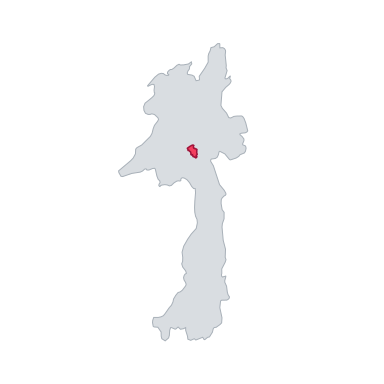 Phaxay, Xiangkhoang, Laos (highlighted), rotated 31°
{"feature_id": "54806243B24491870004001", "entity_name": "Phaxay", "entity_type": "district", "adm_level": 2, "iso_a3": "LAO", "parent_name": "Laos", "parent_adm1": "Xiangkhoang", "projection": "equal_earth", "projection_center": [103.113, 19.269], "detail": "fine", "context": "in_parent", "style": "filled", "palette": "rose", "viewbox_px": 384, "rotation_deg": 31, "n_neighbors": 0, "source": "geoboundaries", "source_scale": "gbopen_adm2", "svg_char_len": 5897}
<svg xmlns="http://www.w3.org/2000/svg" viewBox="0 0 384 384"><g transform="rotate(31 192 192)"><path d="M148.5,54.4L149.9,57.5L156.2,65.9L157.3,68.1L159.6,69.9L161.5,77.3L162.3,77.8L163.3,77.2L164.1,76.2L164.8,73.3L165.2,73.0L165.9,75.4L167.7,76.1L168.5,77.1L168.7,78.9L168.4,80.8L167.0,85.0L166.1,90.7L172.2,102.9L174.8,104.6L181.0,106.6L185.2,109.3L187.1,108.6L189.0,105.6L191.2,103.9L195.3,101.3L196.5,101.2L198.8,102.2L202.6,105.2L208.3,110.9L208.1,112.4L207.1,113.9L204.0,116.2L203.1,117.7L203.7,118.2L206.2,118.6L209.2,119.8L210.1,121.3L210.6,124.8L211.2,125.4L213.9,125.0L214.8,125.5L215.8,126.6L216.8,129.4L216.8,131.5L214.0,135.3L213.7,137.5L212.3,140.2L208.5,144.6L207.5,144.9L200.5,142.4L194.9,142.8L194.5,143.7L195.4,146.4L195.7,149.1L194.8,151.2L191.6,153.8L191.5,154.9L192.2,156.1L196.8,158.5L211.8,171.5L218.6,173.9L221.6,175.6L222.3,176.5L222.3,177.6L221.5,179.0L220.9,181.6L220.9,183.1L221.6,184.6L222.8,186.8L227.0,191.7L230.0,192.9L233.3,198.5L234.3,203.4L235.8,206.6L243.6,217.3L250.2,223.8L254.1,230.9L256.0,232.5L256.6,235.1L257.1,242.6L259.4,246.3L259.9,247.8L260.8,248.9L261.9,249.2L264.2,246.7L264.6,247.1L265.7,251.0L266.6,252.5L270.1,254.9L273.8,259.6L275.7,261.4L278.2,262.7L278.6,264.2L278.1,265.8L277.4,266.8L273.1,269.5L272.6,270.7L275.4,276.8L282.5,284.4L284.8,288.9L284.3,291.1L282.4,295.5L280.9,296.7L280.6,298.1L281.7,301.7L281.6,307.2L280.2,308.6L279.0,312.0L278.2,312.2L276.0,311.0L271.5,316.9L269.5,316.6L267.3,319.8L264.3,320.3L262.3,317.8L257.9,313.9L256.4,311.5L255.1,313.6L252.8,315.6L249.6,314.9L248.7,317.8L248.1,318.3L244.2,318.8L243.5,319.3L244.1,322.0L246.4,326.5L247.1,329.1L245.7,333.4L241.7,333.3L239.9,331.5L237.6,327.9L232.4,325.5L229.0,327.2L227.9,327.1L225.3,324.1L224.4,322.1L223.8,319.2L227.7,316.9L229.7,315.0L231.0,313.1L231.5,311.1L232.1,302.6L232.7,299.7L232.3,296.0L231.3,293.2L231.3,288.9L231.8,285.4L233.3,283.7L234.3,281.2L234.9,275.6L234.5,274.1L233.0,272.8L230.5,271.5L228.9,269.8L228.3,267.8L228.3,266.1L229.1,264.6L227.2,262.9L222.7,261.1L220.2,258.9L219.7,256.3L217.8,252.9L214.5,248.7L212.8,242.7L212.6,234.8L213.0,228.5L214.4,221.1L212.5,215.7L210.4,212.9L207.5,210.9L204.8,207.9L202.2,204.0L199.1,198.3L195.4,190.8L193.0,187.4L191.7,188.2L189.1,187.5L185.1,185.3L181.6,184.1L178.7,184.0L176.7,184.5L175.8,185.6L175.8,186.8L176.5,187.9L176.1,188.8L174.6,189.4L173.3,190.6L171.9,193.4L170.9,197.0L169.5,198.4L167.2,198.7L164.9,199.7L162.7,201.5L161.7,202.8L161.8,203.8L161.3,204.0L160.2,203.5L159.7,202.3L159.8,200.4L158.7,199.1L156.4,198.5L153.7,196.4L148.7,191.2L147.6,191.0L146.0,192.3L143.8,195.3L142.0,196.4L140.6,195.8L139.6,196.8L138.8,199.5L137.4,201.6L130.7,207.2L124.6,214.5L123.0,215.1L119.4,213.1L118.2,211.7L123.3,196.8L124.1,193.2L123.9,188.5L121.8,184.5L121.7,183.4L122.1,182.1L124.7,177.6L127.7,165.7L127.5,162.1L126.2,158.0L125.5,154.2L126.1,149.0L125.9,146.9L124.5,145.9L119.9,144.9L117.3,145.7L116.0,147.2L114.5,148.1L111.6,148.5L108.8,146.8L106.6,143.8L106.0,140.1L108.9,132.2L109.7,129.2L109.6,127.8L109.1,126.3L108.4,126.1L107.0,124.2L105.6,121.0L104.2,119.5L103.0,119.8L101.8,121.0L99.8,124.1L99.2,123.7L101.0,112.8L102.6,108.2L104.5,106.1L106.5,105.2L108.6,105.5L110.3,105.1L111.8,104.0L111.6,103.3L110.0,103.2L109.3,101.9L109.7,99.6L110.4,98.1L111.6,97.4L112.7,95.1L113.8,91.2L115.1,89.2L116.6,89.1L119.3,87.4L123.0,84.1L124.4,80.8L125.8,82.3L125.3,86.1L126.0,86.8L126.4,88.2L126.2,90.3L126.5,92.1L127.0,92.9L127.8,93.4L131.8,91.8L134.2,91.7L138.2,94.5L140.5,92.4L140.5,91.7L138.6,89.1L139.2,79.6L139.0,72.4L135.8,67.1L135.1,64.9L134.8,61.5L133.9,58.5L136.2,56.1L137.5,51.7L139.1,50.6L139.6,50.8L141.6,54.1L144.1,52.4L146.0,52.4L147.7,53.3L148.5,54.4Z" fill="#d9dde1" stroke="#a8b0b8" stroke-width="1"/><path d="M176.9,160.5L177.0,160.4L177.3,160.5L177.4,160.8L177.5,160.8L177.5,160.7L177.8,160.6L177.9,160.4L177.9,160.2L178.0,160.2L178.1,159.9L178.0,159.5L178.0,159.2L177.9,159.1L177.7,159.0L177.4,158.9L177.0,158.7L176.9,158.5L176.8,158.4L176.8,158.2L176.9,157.9L177.0,157.7L177.1,157.4L177.1,157.2L176.8,156.8L176.6,156.6L176.4,156.4L176.0,156.2L175.9,156.1L175.8,155.9L175.7,155.8L175.6,155.5L175.5,155.4L175.4,155.0L175.3,154.9L175.2,154.8L175.0,154.5L174.9,154.3L174.7,154.1L174.6,153.8L174.6,153.6L174.4,153.4L174.4,153.1L174.2,153.0L173.8,152.9L173.7,152.9L173.6,153.0L173.3,153.1L173.1,153.1L172.8,153.2L172.6,153.3L172.4,153.3L172.2,153.4L171.9,153.1L171.7,153.1L171.4,153.2L171.2,153.3L170.9,153.4L170.8,153.5L170.7,153.4L170.4,153.2L170.1,152.8L170.0,152.7L169.9,152.5L169.8,152.2L169.7,152.0L169.6,151.8L169.6,151.6L169.6,151.3L169.4,151.3L169.3,151.2L169.2,151.1L168.9,151.2L168.8,151.3L168.6,151.3L168.4,151.4L168.3,151.5L168.2,151.6L168.1,151.8L167.9,152.0L167.6,152.4L167.5,152.5L167.4,152.7L167.2,153.1L167.1,153.4L167.0,153.6L166.9,153.7L166.8,153.9L166.7,154.0L166.5,154.3L166.5,154.5L166.4,154.7L166.3,154.9L166.2,155.2L166.0,155.5L165.9,155.8L165.8,156.0L165.7,156.3L165.6,156.5L165.5,156.9L165.7,157.0L165.8,157.0L166.0,157.1L166.1,157.3L166.3,157.4L166.3,157.5L166.5,157.6L166.7,157.8L166.8,157.9L166.9,158.0L167.0,158.2L167.1,158.3L167.2,158.2L167.3,158.2L167.5,157.9L167.8,157.8L168.0,157.9L168.2,158.0L168.3,158.2L168.4,158.3L168.6,158.3L168.9,158.3L169.0,158.3L169.3,158.3L169.6,158.4L169.9,158.3L170.0,158.3L170.1,158.5L170.3,158.7L170.4,158.8L170.5,158.8L170.7,159.0L170.8,159.1L171.0,159.2L171.1,159.3L171.2,159.5L171.3,159.6L171.3,159.8L171.4,160.0L171.5,160.1L171.7,160.3L171.8,160.4L172.0,160.4L172.2,160.5L172.3,160.5L172.3,160.4L172.3,160.2L172.5,160.1L172.6,160.3L172.8,160.3L172.9,160.2L172.9,160.3L172.9,160.2L173.0,160.2L173.2,160.3L173.3,160.3L173.5,160.3L173.8,160.3L174.0,160.4L174.0,160.5L174.3,160.7L174.4,160.8L174.5,160.9L174.5,161.0L174.8,161.1L175.0,161.0L175.1,160.9L175.3,160.9L175.5,160.9L175.8,160.8L176.0,160.8L176.1,160.7L176.2,160.8L176.3,160.8L176.5,160.7L176.8,160.5L176.9,160.5Z" fill="#f43f5e" stroke="#9f1239" stroke-width="1.5"/></g></svg>